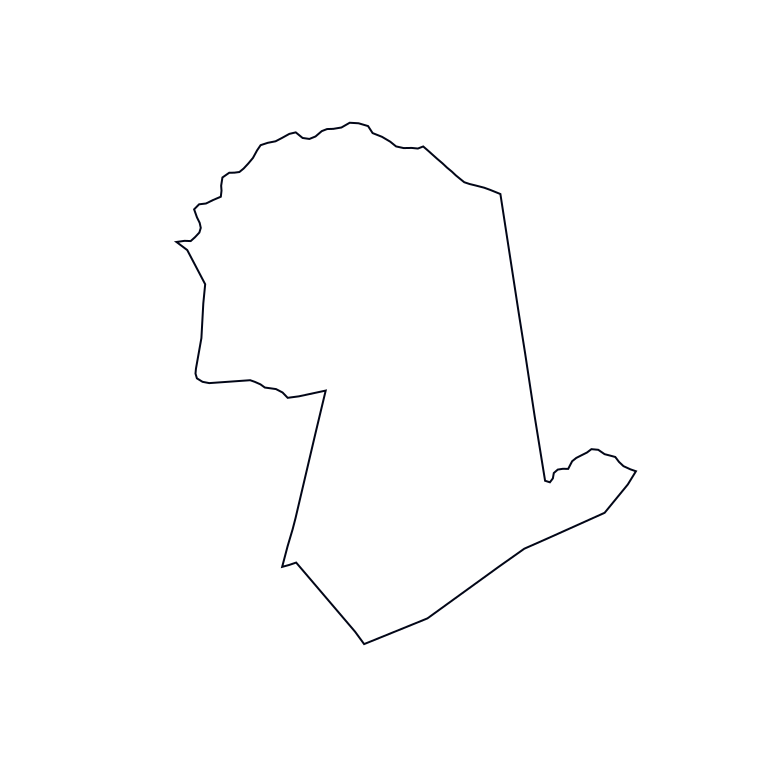 outline of Apuiarés, Ceará, Brazil, rotated 216°
{"feature_id": "56859067B73937581953991", "entity_name": "Apuiarés", "entity_type": "district", "adm_level": 2, "iso_a3": "BRA", "parent_name": "Brazil", "parent_adm1": "Ceará", "projection": "orthographic", "projection_center": [-39.3, -3.96], "detail": "fine", "context": "isolated", "style": "outline", "palette": "ink", "viewbox_px": 768, "rotation_deg": 216, "n_neighbors": 0, "source": "geoboundaries", "source_scale": "gbopen_adm2", "svg_char_len": 1618}
<svg xmlns="http://www.w3.org/2000/svg" viewBox="0 0 768 768"><g transform="rotate(216 384 384)"><path d="M607.6,530.7L611.2,523.0L614.4,516.6L619.8,510.8L624.2,504.7L624.0,498.4L622.9,489.9L623.4,482.5L624.2,475.8L625.6,470.5L629.3,467.0L633.4,463.9L636.1,456.1L632.3,448.7L629.1,444.9L626.1,439.6L630.4,432.4L634.1,425.4L639.2,420.7L640.3,413.7L633.3,408.9L627.8,406.0L624.0,402.6L622.4,398.0L623.2,391.6L624.4,386.0L629.5,382.6L635.4,376.9L621.9,376.7L587.3,359.6L577.5,342.9L558.7,313.8L545.1,285.8L542.6,281.6L538.7,278.6L532.1,279.1L525.9,282.0L494.5,308.4L489.8,309.8L483.7,311.1L478.3,311.1L473.3,313.8L468.4,316.4L461.1,317.5L453.8,316.2L445.6,324.0L427.3,344.4L410.5,303.9L376.7,223.4L372.5,212.7L366.6,196.0L358.9,176.2L354.4,181.8L350.1,187.9L261.8,166.6L247.2,161.9L220.1,205.4L211.1,219.9L183.9,303.1L173.7,333.2L160.5,355.9L129.8,409.5L127.7,446.0L128.9,461.5L134.5,459.8L142.0,458.3L148.1,459.1L154.0,460.9L158.7,459.1L164.3,456.9L172.0,456.7L177.9,453.2L179.5,447.9L182.4,442.3L185.0,437.2L186.4,432.1L185.1,423.6L189.5,420.5L193.1,416.9L194.3,411.8L191.9,406.9L192.0,402.0L196.8,400.4L242.7,446.0L287.7,491.6L317.5,521.4L401.5,606.1L407.6,604.6L412.4,603.4L418.3,601.7L426.7,598.4L432.3,596.1L437.7,594.4L443.3,594.7L448.5,595.0L453.9,595.7L460.2,596.1L466.4,596.9L473.0,597.4L479.9,598.1L486.9,598.8L491.9,599.2L495.0,594.4L500.3,591.3L506.8,586.4L513.9,583.3L521.4,583.7L530.9,582.8L540.7,580.3L548.5,583.3L557.8,580.0L565.3,575.2L569.2,566.5L575.0,560.6L579.9,556.8L583.0,552.0L584.9,544.0L588.4,538.4L594.5,535.2L603.3,535.7L607.6,530.7Z" fill="none" stroke="#020617" stroke-width="2"/></g></svg>